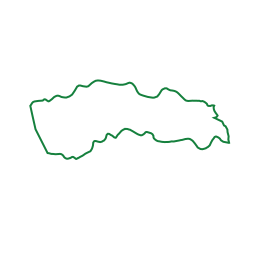 outline of Maganier, Laborie, Saint Lucia, rotated 295°
{"feature_id": "8701671B57020485893312", "entity_name": "Maganier", "entity_type": "district", "adm_level": 2, "iso_a3": "LCA", "parent_name": "Saint Lucia", "parent_adm1": "Laborie", "projection": "robinson", "projection_center": [-60.985, 13.794], "detail": "fine", "context": "isolated", "style": "outline", "palette": "green", "viewbox_px": 256, "rotation_deg": 295, "n_neighbors": 0, "source": "geoboundaries", "source_scale": "gbopen_adm2", "svg_char_len": 5064}
<svg xmlns="http://www.w3.org/2000/svg" viewBox="0 0 256 256"><g transform="rotate(295 128 128)"><path d="M139.6,202.6L139.9,203.5L140.0,203.8L140.3,204.5L140.7,204.9L141.0,205.4L141.2,205.6L142.5,207.1L142.8,207.2L144.4,208.3L144.6,208.5L145.2,208.7L145.4,208.8L145.8,209.0L146.1,209.1L146.8,209.4L147.1,209.4L149.2,209.4L149.6,209.4L150.0,209.4L150.3,209.4L152.9,209.6L154.9,210.1L155.8,210.2L156.4,210.3L156.7,210.5L157.1,211.0L157.5,211.3L157.5,211.6L157.6,212.3L157.6,213.7L157.4,214.9L157.3,215.3L157.2,215.7L156.6,216.7L156.2,217.4L156.1,217.9L155.8,220.2L157.2,225.8L157.3,225.9L160.0,223.8L163.0,222.7L166.3,220.0L168.6,218.7L170.8,215.7L170.9,213.9L173.6,210.7L173.7,201.8L173.8,201.9L174.1,202.7L175.9,203.8L176.7,203.9L177.2,203.9L178.9,200.8L180.1,199.0L181.4,197.8L182.5,197.1L183.5,196.7L184.7,196.7L184.7,196.3L184.1,194.7L183.6,194.0L182.9,193.5L182.4,192.5L182.1,191.8L182.0,191.0L182.2,190.4L183.3,189.2L183.9,186.8L184.0,185.7L183.9,184.1L183.0,182.8L182.8,181.1L182.4,180.3L181.3,177.8L180.0,174.9L179.4,173.8L177.9,171.1L177.5,169.5L177.4,168.5L177.8,167.1L178.0,166.4L178.5,165.1L179.2,163.0L179.8,161.4L180.3,160.1L180.8,158.7L181.2,157.1L181.3,155.6L181.1,153.9L180.6,152.0L180.1,150.6L180.0,149.5L180.1,147.5L180.3,146.3L179.6,144.7L178.3,143.6L177.6,143.0L176.4,142.5L171.4,141.9L170.2,141.5L169.0,141.3L168.8,141.1L166.6,138.9L165.9,137.5L165.2,135.2L164.5,132.7L163.8,128.2L163.6,126.4L163.5,124.8L163.7,123.4L164.4,122.0L165.2,120.7L166.2,119.5L167.7,117.8L168.5,116.7L169.1,115.5L169.9,113.6L170.1,112.4L169.9,110.9L169.7,110.2L168.8,109.2L166.8,107.4L166.2,106.6L165.1,105.1L163.9,102.7L163.6,102.0L163.1,100.0L162.3,97.3L161.5,94.3L161.0,91.9L160.4,89.3L160.0,86.6L159.3,83.2L158.4,80.7L157.9,79.9L157.1,78.7L155.5,77.5L153.2,76.1L151.7,75.5L149.1,74.4L147.9,73.0L146.8,69.4L146.4,67.0L145.8,65.6L145.0,65.1L144.0,64.4L142.7,64.3L141.6,64.2L139.5,64.0L136.9,63.6L134.6,63.2L131.9,61.6L129.5,59.2L128.8,57.5L128.4,56.1L128.1,55.0L128.0,54.5L128.0,53.6L128.0,52.3L127.7,50.8L126.9,49.6L125.8,48.7L124.7,47.9L122.1,46.9L120.2,45.9L119.1,45.3L118.5,44.5L118.6,43.8L118.7,42.6L119.0,41.3L118.8,40.4L118.6,40.0L118.2,39.8L116.8,39.1L115.9,37.5L114.8,35.5L113.5,33.5L112.5,32.0L111.4,31.0L110.3,30.6L108.9,30.4L107.1,30.2L106.8,30.1L98.8,36.2L87.8,44.7L71.3,65.7L71.4,66.0L71.5,66.3L71.8,67.3L71.9,68.2L72.1,69.3L72.4,70.2L72.8,71.0L73.2,72.2L73.6,73.4L74.1,74.3L74.2,74.5L74.5,75.0L75.0,75.9L75.1,76.2L75.4,76.6L75.8,77.3L76.1,78.6L76.1,78.8L75.9,80.1L75.8,80.3L75.7,80.7L75.6,80.8L75.5,81.1L75.3,81.3L75.2,81.6L74.6,82.5L74.4,83.2L74.4,83.3L74.3,83.5L74.2,85.1L74.6,86.2L74.8,86.5L75.2,87.0L75.5,87.3L75.8,87.7L76.1,87.9L76.2,88.2L77.4,89.1L77.8,89.3L78.2,89.7L78.3,89.8L78.6,90.6L78.4,92.2L78.0,93.7L78.0,93.8L78.1,94.2L79.1,95.0L79.4,95.2L79.4,95.3L79.6,95.4L80.7,96.3L81.2,96.6L81.4,96.7L81.9,97.1L82.8,97.8L83.4,98.3L84.5,99.0L85.6,99.6L86.7,100.2L87.3,100.7L87.6,100.9L90.3,103.1L90.7,103.5L91.3,103.8L94.0,104.1L95.8,103.9L96.2,103.8L97.1,103.7L99.5,102.9L99.9,102.7L101.4,102.8L102.1,103.3L102.2,103.5L102.3,103.6L102.4,104.0L102.6,104.4L102.7,105.0L102.9,106.3L103.1,107.3L103.2,107.5L103.4,108.5L103.5,108.8L104.5,110.0L104.8,110.3L105.5,110.7L106.4,111.4L106.6,111.6L107.9,111.9L108.6,112.1L109.0,112.1L109.7,112.1L110.9,111.9L111.3,111.8L112.0,111.7L112.9,111.6L114.3,112.2L114.7,113.5L114.6,114.1L114.5,114.8L114.4,115.4L114.4,115.9L114.4,116.1L114.4,117.0L113.7,119.4L113.8,120.5L113.9,120.9L114.1,121.1L114.4,121.2L115.4,121.3L116.1,121.4L117.4,121.6L118.0,121.8L118.9,122.2L120.0,122.5L121.0,122.8L122.7,123.3L123.0,123.5L123.3,123.7L124.4,124.4L125.2,125.0L125.5,125.4L125.9,125.6L125.9,125.8L126.1,126.0L126.2,126.4L126.6,127.2L126.7,127.4L126.8,127.7L126.9,128.4L127.0,128.9L127.0,129.3L127.3,130.7L127.1,132.4L127.1,132.8L127.1,133.2L127.0,134.1L126.6,137.9L126.5,139.2L126.5,139.7L126.5,140.5L126.8,142.8L127.4,143.7L128.0,144.1L128.8,144.7L129.5,145.0L130.0,145.3L130.5,145.4L131.2,145.6L131.3,145.7L131.5,145.7L131.6,145.8L131.9,146.0L132.3,146.6L132.4,146.9L132.4,147.1L132.5,147.7L132.6,147.9L132.6,148.5L132.8,149.4L132.8,150.0L133.0,150.8L132.8,152.4L132.7,152.7L132.6,153.0L132.1,153.7L131.9,154.0L131.7,154.3L130.4,155.0L130.0,155.4L129.8,155.6L129.6,155.8L129.1,157.1L128.7,159.0L128.7,159.5L128.7,159.9L128.7,160.2L128.8,161.0L129.0,161.5L129.1,161.8L129.3,162.6L129.5,163.5L129.8,164.6L129.9,164.8L130.0,165.2L130.2,165.7L130.5,166.5L130.6,166.9L130.7,167.1L132.0,169.6L132.1,170.0L132.5,170.6L132.9,171.3L133.1,171.6L134.3,173.2L134.9,174.7L135.1,175.1L135.2,175.3L135.5,175.7L138.5,179.9L139.1,180.6L139.5,181.2L139.9,181.8L140.0,182.0L140.5,182.6L142.3,184.7L142.8,185.6L143.1,186.0L143.3,186.4L143.5,186.7L143.7,187.1L143.8,187.4L144.0,187.9L144.0,188.1L144.1,188.5L144.1,188.8L144.2,189.1L143.9,191.1L143.8,191.6L143.7,192.0L143.5,192.4L143.4,192.9L143.2,193.2L142.8,193.9L142.6,194.4L142.4,194.9L141.9,195.7L141.7,196.2L141.3,196.8L141.1,197.2L141.0,197.3L140.7,198.0L140.3,198.6L140.2,198.7L139.8,199.4L139.8,199.7L139.7,200.4L139.6,202.6Z" fill="none" stroke="#15803d" stroke-width="2"/></g></svg>